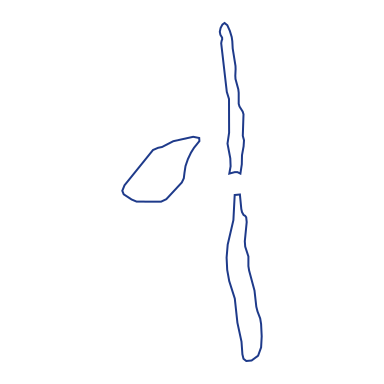 SVG path tracing the border of Penama
{"feature_id": "VUT-564", "entity_name": "Penama", "entity_type": "Province", "adm_level": 1, "iso_a3": "VUT", "parent_name": "Vanuatu", "parent_adm1": "", "projection": "equal_earth", "projection_center": [168.1, -15.454], "detail": "fine", "context": "isolated", "style": "outline", "palette": "blue", "viewbox_px": 384, "rotation_deg": 0, "n_neighbors": 0, "source": "natural_earth", "source_scale": "10m", "svg_char_len": 1258}
<svg xmlns="http://www.w3.org/2000/svg" viewBox="0 0 384 384"><path d="M242.0,212.1L243.6,215.0L245.1,215.8L246.2,217.3L246.7,222.1L244.8,241.3L245.2,246.6L248.4,256.5L248.4,266.1L249.1,270.5L254.5,290.6L256.3,306.7L257.5,311.4L260.2,318.5L261.1,324.1L261.7,336.4L261.1,347.4L258.1,355.7L251.6,360.5L246.3,361.0L243.5,358.8L242.4,354.3L241.5,341.7L237.4,322.7L234.8,298.6L229.2,281.0L227.2,269.9L226.6,257.6L227.7,244.6L233.4,220.1L234.7,195.0L239.9,194.5L241.3,209.0L242.0,212.1ZM184.5,172.6L183.8,178.3L181.8,182.5L166.3,199.2L161.0,201.7L136.6,201.6L131.6,199.5L123.7,194.3L122.3,190.8L124.5,185.3L153.0,150.0L158.1,147.8L162.0,147.0L173.3,141.2L193.2,136.8L199.2,138.0L199.4,141.1L194.0,147.8L191.0,152.6L187.9,159.1L185.5,166.1L184.5,172.6ZM221.2,43.3L221.6,40.9L222.2,39.3L222.1,37.6L220.4,34.8L219.8,31.8L220.6,28.0L222.4,24.6L224.5,23.0L227.3,25.2L229.8,30.8L231.7,37.0L232.3,41.2L232.7,48.5L235.5,66.0L235.6,69.2L235.3,75.8L235.5,79.0L238.3,89.3L238.7,92.8L238.7,103.8L239.5,106.5L242.7,111.6L243.5,114.3L242.8,135.8L244.0,140.3L243.6,146.3L242.0,155.2L241.8,164.3L240.4,173.6L237.4,172.1L234.9,172.1L229.3,173.6L230.6,166.3L230.3,158.4L227.5,143.6L229.1,132.7L229.0,99.0L226.8,91.9L221.2,43.3Z" fill="none" stroke="#1e3a8a" stroke-width="2"/></svg>